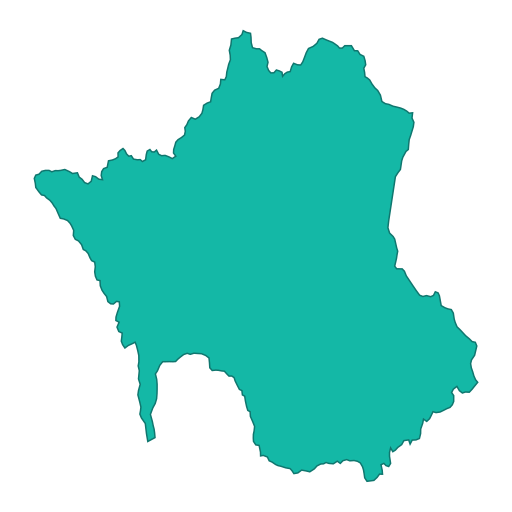 the district of Paraíso do Tocantins, Tocantins, Brazil
{"feature_id": "56859067B72116218699042", "entity_name": "Paraíso do Tocantins", "entity_type": "district", "adm_level": 2, "iso_a3": "BRA", "parent_name": "Brazil", "parent_adm1": "Tocantins", "projection": "equal_earth", "projection_center": [-48.851, -10.214], "detail": "fine", "context": "isolated", "style": "filled", "palette": "teal", "viewbox_px": 512, "rotation_deg": 0, "n_neighbors": 0, "source": "geoboundaries", "source_scale": "gbopen_adm2", "svg_char_len": 5327}
<svg xmlns="http://www.w3.org/2000/svg" viewBox="0 0 512 512"><path d="M224.8,79.8L220.8,79.4L220.4,84.0L218.7,88.3L214.6,90.2L212.1,93.3L211.3,97.6L210.6,101.8L207.1,103.1L203.6,105.3L202.9,109.7L201.9,113.3L199.2,116.8L195.3,119.2L191.3,117.5L188.4,121.0L186.9,124.6L184.8,127.6L185.3,131.4L184.5,135.1L181.5,137.5L178.0,139.7L175.8,142.2L174.9,145.6L173.7,149.4L173.5,153.0L175.8,156.2L172.3,158.6L169.0,156.9L165.1,155.4L161.6,155.7L158.7,154.3L156.5,150.1L154.3,152.0L151.7,151.8L149.9,149.5L147.2,151.1L146.3,154.5L145.6,159.8L142.4,161.5L140.2,159.6L137.5,159.8L133.5,159.1L131.3,155.7L128.8,156.2L126.6,154.0L124.9,150.5L123.0,148.5L120.1,150.5L118.0,152.9L118.1,156.9L115.6,158.7L112.4,160.0L108.5,160.8L107.2,167.3L103.6,168.6L101.7,171.6L101.2,175.5L102.5,179.7L98.8,179.2L95.6,176.7L92.5,175.8L91.2,181.3L88.0,183.9L84.6,182.6L82.1,179.3L79.2,177.1L77.4,172.8L72.5,173.5L69.4,171.6L64.8,169.5L60.7,170.4L58.1,170.7L55.3,170.6L51.8,171.8L49.0,170.4L45.4,170.4L41.7,171.3L39.0,174.2L35.8,175.1L34.3,178.4L35.3,183.3L35.8,187.5L39.0,191.9L41.5,194.9L44.5,195.5L46.5,197.8L49.9,200.3L52.2,203.0L54.1,206.1L56.0,208.5L58.2,213.6L60.3,218.3L63.6,218.9L67.5,220.5L70.1,223.3L71.7,226.0L73.7,230.4L73.3,235.5L75.3,239.3L78.5,240.9L81.6,244.7L83.3,249.5L85.7,250.7L88.2,253.5L90.0,257.8L91.6,260.6L94.7,262.1L95.3,266.7L94.7,271.8L95.4,276.2L97.0,279.9L100.0,280.6L100.3,285.8L102.0,290.2L104.1,293.4L106.6,296.5L107.9,301.6L110.7,303.8L113.4,304.0L116.5,301.4L119.3,301.8L119.6,306.3L117.4,312.4L116.0,317.1L115.9,320.5L119.1,322.2L117.0,327.1L118.8,331.5L122.2,333.1L121.8,337.3L121.3,341.1L122.6,344.6L124.9,348.0L128.2,345.5L132.6,343.5L135.1,342.2L136.4,345.3L137.8,350.8L138.8,355.5L138.9,361.9L138.2,365.9L139.3,370.7L138.5,378.9L140.2,384.3L138.5,390.5L137.9,394.9L139.8,402.2L140.9,407.1L140.5,410.7L139.9,414.1L141.4,417.9L145.3,423.5L146.5,433.7L147.8,441.5L155.0,437.6L154.6,432.9L154.1,429.2L153.1,425.3L152.4,421.7L150.4,414.4L152.8,407.9L155.2,403.5L156.6,398.7L157.0,393.5L157.1,389.1L157.1,384.2L156.7,379.3L155.4,373.9L157.4,370.9L159.8,365.3L162.7,361.7L165.4,361.7L169.2,361.6L173.0,361.7L175.6,361.5L177.8,359.2L180.4,357.0L183.7,354.5L187.2,353.3L190.3,354.3L194.0,353.2L198.0,353.5L201.5,353.7L205.8,355.5L209.0,358.0L209.5,363.0L209.8,367.8L212.2,370.5L215.8,370.1L218.5,370.3L221.6,370.9L224.4,371.2L227.0,374.1L229.0,376.1L231.7,376.0L234.1,377.6L235.1,380.8L237.2,385.1L239.4,389.4L241.9,390.6L242.4,394.9L244.7,396.2L245.4,400.9L246.6,406.5L247.8,410.4L250.1,411.7L250.4,416.4L252.6,421.4L254.6,426.4L254.1,431.0L253.4,434.3L253.3,438.0L253.5,441.4L255.8,444.9L259.1,445.4L260.5,452.1L260.6,455.9L263.3,455.4L267.4,457.0L269.2,460.8L272.1,462.1L275.6,464.5L278.0,465.6L280.7,466.2L285.7,467.8L290.1,468.6L292.0,470.7L293.9,473.6L297.9,472.9L301.6,470.1L306.0,470.9L309.8,471.8L314.3,468.9L317.0,465.9L320.7,464.0L323.6,463.8L326.0,462.5L328.9,463.4L333.3,463.8L337.3,461.2L340.3,463.4L342.9,460.7L346.7,459.6L349.8,460.8L354.1,460.5L357.5,461.3L360.3,462.9L362.5,466.7L363.5,469.9L364.1,473.5L364.7,477.8L367.0,481.3L373.9,480.4L377.1,477.4L379.5,474.1L382.5,474.2L382.2,470.3L381.0,464.7L383.9,463.4L386.0,465.6L388.7,466.5L390.6,463.4L389.5,456.3L389.5,452.5L390.6,447.9L392.8,451.7L395.4,450.1L397.8,447.4L401.7,444.6L403.9,440.6L408.7,439.9L410.1,444.1L412.2,440.1L416.0,439.9L419.4,438.5L420.6,433.6L420.7,429.0L422.7,423.3L423.5,419.1L426.7,421.4L429.6,418.7L431.2,415.5L433.0,411.7L436.0,412.6L440.1,412.0L443.8,410.2L446.9,408.6L450.0,407.4L452.3,404.8L453.7,401.4L453.7,395.6L451.6,392.5L453.4,389.1L456.9,386.4L459.4,390.7L462.4,393.0L465.4,392.0L469.3,392.2L472.2,389.1L474.1,386.7L477.7,382.3L475.6,379.8L473.9,376.0L472.7,371.8L471.3,367.8L470.6,363.6L471.5,359.9L474.6,355.3L476.8,346.0L475.3,342.3L472.1,341.6L469.3,338.8L465.6,335.7L460.5,330.2L457.0,326.8L455.1,322.2L454.2,319.1L453.3,313.1L451.3,309.6L448.0,308.9L445.0,307.8L441.2,305.6L439.4,295.8L438.1,292.9L435.3,291.8L433.5,295.4L430.7,296.7L426.5,295.6L422.9,296.5L419.6,295.2L416.0,290.3L412.6,285.3L409.0,279.9L406.3,275.9L404.4,271.2L402.2,268.9L396.7,268.8L394.7,266.2L396.5,258.3L397.0,254.9L397.7,251.2L396.7,248.0L394.7,239.1L393.1,236.5L389.6,233.1L387.9,227.7L388.7,220.7L395.4,176.7L398.0,172.6L400.4,169.5L401.7,160.8L402.8,157.3L406.0,151.4L408.3,149.5L408.7,144.4L409.2,139.6L410.7,135.3L413.3,126.7L413.9,122.3L412.0,118.1L412.6,112.8L409.2,113.2L406.7,111.1L403.7,109.3L400.7,108.1L396.9,107.1L393.0,106.2L388.9,104.4L385.4,103.7L381.9,101.5L380.4,95.1L377.7,90.5L374.7,87.7L371.9,83.9L369.7,80.0L367.3,78.0L365.0,76.7L364.6,72.5L363.8,68.2L365.7,64.8L365.1,60.7L363.8,56.3L360.0,54.4L357.7,50.8L354.4,50.7L351.4,45.7L347.9,45.7L344.8,45.7L342.3,48.1L339.5,48.1L337.6,45.9L335.1,44.1L332.6,42.4L329.8,41.3L326.5,40.0L322.4,38.2L319.1,39.3L316.9,43.3L313.2,46.4L308.5,48.5L306.3,52.6L304.5,57.4L302.8,61.8L300.7,65.0L297.4,64.8L293.6,63.3L291.6,66.9L290.2,71.6L287.3,72.1L284.7,73.8L282.6,76.3L282.0,72.3L279.3,70.9L276.4,70.0L273.9,72.8L270.8,72.9L268.6,70.4L267.0,66.5L268.0,62.3L266.8,57.7L265.0,52.7L261.6,50.5L259.5,48.8L256.4,48.8L252.5,47.7L251.2,42.6L251.0,37.3L250.5,33.3L246.5,32.4L243.2,30.7L241.9,34.6L238.5,37.7L234.9,38.2L231.5,39.0L230.9,45.0L229.3,50.3L230.2,55.2L230.4,59.8L228.7,64.3L227.9,67.7L226.8,72.1L226.3,76.7L224.8,79.8Z" fill="#14b8a6" stroke="#0f766e" stroke-width="1.5"/></svg>